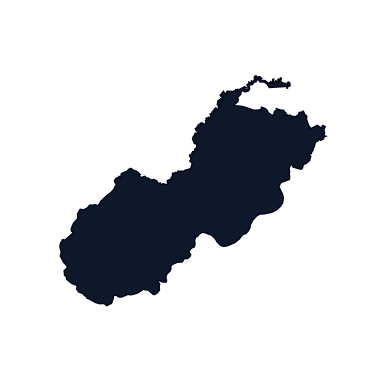 San José De Uré, Córdoba, Colombia (Mercator projection), rotated 25°
{"feature_id": "7082276B89146120642235", "entity_name": "San José De Uré", "entity_type": "district", "adm_level": 2, "iso_a3": "COL", "parent_name": "Colombia", "parent_adm1": "Córdoba", "projection": "mercator", "projection_center": [-75.56, 7.766], "detail": "fine", "context": "isolated", "style": "filled", "palette": "ink", "viewbox_px": 384, "rotation_deg": 25, "n_neighbors": 0, "source": "geoboundaries", "source_scale": "gbopen_adm2", "svg_char_len": 5952}
<svg xmlns="http://www.w3.org/2000/svg" viewBox="0 0 384 384"><g transform="rotate(25 192 192)"><path d="M254.6,214.8L255.8,209.5L258.4,206.7L259.3,204.0L259.6,200.2L258.7,197.3L258.9,192.0L260.7,186.2L262.8,183.2L266.3,181.5L272.9,176.6L276.2,172.4L278.2,167.5L278.6,163.1L277.2,158.6L274.8,155.7L269.1,151.1L268.2,149.7L268.7,145.6L274.9,139.5L273.8,136.4L272.3,134.4L271.8,132.3L270.1,129.9L269.5,125.1L270.0,124.4L273.0,126.6L281.3,125.3L282.0,123.8L281.2,119.9L283.2,118.2L285.2,113.8L284.5,109.5L282.3,108.8L282.0,107.9L283.9,106.9L283.6,105.1L284.0,102.8L283.3,101.6L283.6,99.7L282.8,94.5L284.6,92.5L284.3,91.5L284.6,91.0L286.1,90.3L286.7,90.8L288.7,88.5L288.3,86.2L289.6,84.9L288.2,85.0L287.1,83.7L287.2,82.4L285.2,79.9L285.0,76.4L282.2,76.6L282.7,79.5L277.4,78.7L272.8,84.5L268.9,81.8L265.0,77.7L264.1,77.8L264.5,76.2L263.9,74.8L261.2,73.9L258.7,71.7L257.5,73.2L257.5,74.2L256.4,74.1L255.5,74.6L256.0,76.9L254.6,78.8L254.5,79.9L252.3,80.5L251.3,81.8L250.4,80.9L248.9,81.4L247.9,80.9L246.7,82.4L245.1,81.7L244.3,82.4L244.0,81.2L242.1,80.7L242.6,80.4L241.6,80.1L240.7,79.2L238.4,80.2L233.3,80.8L234.0,82.6L232.7,84.1L233.4,86.4L232.7,88.8L227.8,88.0L225.6,86.2L222.6,85.4L219.2,85.8L220.0,87.8L219.3,87.8L219.0,88.9L218.3,89.3L213.6,91.8L204.4,92.7L199.5,93.8L196.0,95.1L195.7,95.6L193.9,95.4L193.7,94.1L195.3,91.0L194.8,88.5L193.3,87.2L194.8,82.9L193.8,78.8L197.2,78.9L198.4,78.4L200.2,76.7L200.7,74.4L199.7,72.6L198.3,71.8L199.0,70.3L200.1,70.1L201.2,69.1L202.0,66.1L203.3,65.1L203.9,62.1L204.9,61.2L205.6,62.7L207.1,63.5L211.1,61.7L214.7,62.5L217.9,64.6L232.7,56.5L233.4,56.4L234.2,57.7L234.6,57.5L234.1,55.5L235.9,54.6L235.4,53.1L234.3,51.8L232.9,51.6L232.2,52.8L232.4,53.8L233.3,54.8L232.8,55.3L230.6,54.3L227.8,54.9L225.7,54.1L225.0,53.6L225.1,51.4L224.3,51.1L223.9,52.6L222.6,53.2L222.4,53.9L224.0,54.0L224.5,55.4L222.9,55.3L222.3,55.8L222.8,58.2L222.3,59.1L220.6,59.6L220.1,59.0L221.6,57.1L221.5,55.8L220.9,55.8L220.5,57.2L219.5,57.8L219.0,57.5L218.3,55.2L217.8,55.4L217.7,56.2L219.0,59.5L217.6,60.2L217.3,59.0L216.7,58.7L216.1,60.0L216.4,60.7L215.9,61.2L211.2,60.2L207.3,61.7L206.7,61.0L207.1,59.6L204.6,58.9L204.0,59.1L203.5,60.7L201.5,59.7L200.3,60.0L199.9,61.4L200.3,62.4L201.1,62.1L202.5,62.3L201.4,62.5L202.2,64.1L201.2,64.1L200.7,64.6L200.7,66.4L199.1,66.3L200.2,68.1L197.1,68.4L197.7,70.0L196.5,71.5L199.5,74.1L199.1,75.4L197.5,76.6L195.2,77.0L195.4,75.8L197.0,74.6L195.3,74.3L191.4,79.5L190.1,79.6L189.8,81.0L189.1,80.4L188.4,80.8L188.3,82.2L187.0,83.0L187.3,84.0L185.0,84.2L183.5,85.1L181.6,85.5L181.2,87.3L181.6,88.1L180.6,88.7L179.3,88.6L178.7,89.1L178.4,87.7L178.0,87.5L177.3,90.1L178.1,91.1L176.6,91.7L176.6,92.2L178.9,92.4L178.1,93.1L179.9,93.8L180.8,93.3L180.2,95.1L178.8,95.4L179.7,96.4L180.7,96.4L179.2,97.5L178.9,96.9L178.2,96.9L178.6,97.4L177.6,97.6L177.1,98.3L177.7,101.0L178.2,100.2L179.4,100.9L178.7,102.3L179.8,102.6L179.6,103.2L180.5,104.0L181.0,103.0L181.4,103.3L180.9,104.3L181.5,106.4L180.3,105.6L179.5,106.5L178.6,106.3L177.9,105.3L178.0,106.0L177.2,107.4L178.0,109.3L176.9,109.6L178.2,111.7L177.5,111.8L176.8,112.7L176.5,112.2L176.5,112.8L175.5,113.8L177.2,115.4L177.3,116.8L176.0,117.1L176.8,117.8L176.5,118.6L175.8,118.8L174.8,118.2L173.6,119.4L174.5,120.6L174.2,121.7L175.5,122.5L174.9,125.2L174.1,125.8L173.0,125.2L171.2,125.4L171.5,125.9L170.9,126.6L171.6,126.9L170.7,127.1L171.3,127.5L170.8,128.3L169.5,128.5L169.9,129.0L169.4,129.2L169.4,130.0L170.4,131.0L169.1,131.0L169.7,132.3L168.8,132.4L168.3,133.2L169.6,134.5L171.0,134.7L172.3,135.7L171.2,137.2L170.0,137.4L170.2,139.2L171.1,139.5L170.9,140.2L170.0,140.4L169.7,141.1L170.1,143.7L173.7,147.0L174.3,146.9L174.6,145.6L175.1,145.6L175.8,146.9L176.8,147.2L176.7,147.9L177.7,149.8L176.4,151.8L177.1,154.1L175.6,155.2L175.5,158.5L174.5,159.0L174.3,159.6L174.7,160.5L176.7,161.7L177.3,163.6L176.9,164.8L179.2,165.5L180.3,166.5L180.9,171.5L176.4,175.4L175.6,176.8L170.4,179.2L170.8,180.5L170.5,181.2L169.1,181.0L168.2,182.3L166.8,182.8L166.6,183.9L167.6,185.6L167.2,187.9L167.6,188.9L164.9,192.1L165.4,193.5L166.9,194.3L166.0,196.1L162.2,196.8L161.1,198.8L159.6,197.3L157.8,198.6L155.5,196.9L151.9,196.8L150.2,198.4L146.3,198.0L144.6,198.7L142.8,197.7L141.4,198.8L140.6,200.1L139.9,200.3L137.0,199.7L137.0,199.1L137.7,198.2L135.0,197.1L132.8,196.7L129.0,197.1L127.0,196.4L125.7,197.2L124.1,200.9L120.3,205.2L121.0,208.4L120.6,208.9L119.3,208.7L119.2,210.0L118.1,210.9L117.3,212.2L117.0,214.5L117.8,215.7L119.4,216.3L120.2,217.4L120.6,218.8L120.1,219.3L120.0,222.7L118.7,226.9L116.7,230.4L113.3,239.0L113.0,243.2L112.3,244.1L109.4,244.6L107.2,246.2L104.9,247.1L103.9,250.7L101.3,254.1L98.5,254.7L97.8,255.5L97.6,260.4L99.7,264.4L97.9,270.3L98.1,276.4L99.4,278.4L101.1,278.7L101.4,279.7L97.5,288.9L96.3,289.7L95.2,289.5L94.7,290.2L95.0,291.9L94.4,293.8L95.5,297.6L99.1,301.9L99.8,305.7L105.3,309.9L110.8,312.2L110.6,314.7L109.4,317.4L111.9,321.5L113.2,321.3L115.3,323.9L117.2,324.6L122.1,325.7L126.3,325.2L128.2,326.3L128.3,328.5L131.6,330.5L136.2,330.1L137.8,331.1L140.7,331.5L141.7,332.6L144.1,332.4L151.3,332.9L155.3,332.3L158.7,330.5L161.0,330.3L161.8,331.0L163.1,330.8L164.8,328.2L165.7,327.6L166.1,326.5L165.4,321.2L164.7,319.9L165.1,318.8L165.9,318.0L167.8,317.5L169.5,318.0L171.1,317.7L172.9,316.6L177.2,311.8L179.3,311.3L181.1,310.2L185.3,306.6L189.3,300.4L191.2,300.4L192.7,299.6L194.4,299.5L199.8,301.1L201.2,300.9L202.9,298.6L203.9,294.5L202.2,291.7L201.5,289.1L199.1,287.6L199.0,286.7L199.9,286.1L203.3,286.0L206.5,284.6L206.4,283.1L204.6,281.0L203.8,278.2L204.1,276.1L205.4,273.2L205.4,270.9L204.1,268.3L204.4,266.9L205.6,264.9L208.6,261.6L212.7,259.6L213.1,256.1L213.9,255.2L216.2,254.1L217.4,251.2L217.3,249.2L215.1,248.1L214.4,246.7L214.8,244.1L215.7,242.4L217.3,240.7L216.6,237.6L214.7,234.8L214.4,232.0L214.5,231.1L215.8,229.6L216.1,227.8L217.6,224.9L219.9,223.4L228.0,222.9L232.5,224.3L236.2,226.7L239.2,227.8L241.1,228.2L243.7,227.9L246.6,225.9L252.0,219.9L254.6,214.8Z" fill="#0f172a" stroke="#020617" stroke-width="1.5"/></g></svg>